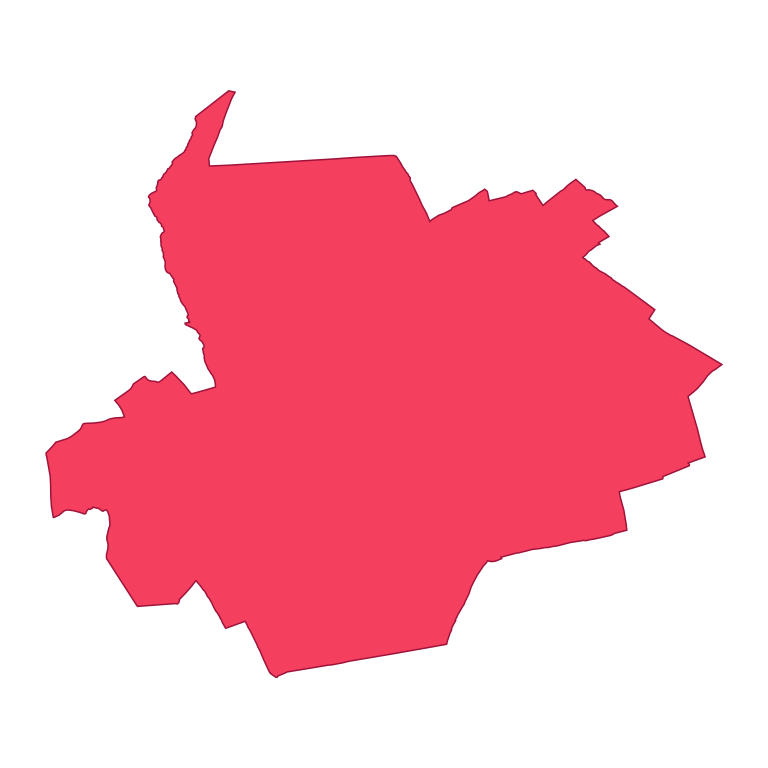 outline of Aroneanu, Iasi, Romania
{"feature_id": "2599482B41407607343101", "entity_name": "Aroneanu", "entity_type": "district", "adm_level": 2, "iso_a3": "ROU", "parent_name": "Romania", "parent_adm1": "Iasi", "projection": "equal_earth", "projection_center": [27.602, 47.231], "detail": "fine", "context": "isolated", "style": "filled", "palette": "rose", "viewbox_px": 768, "rotation_deg": 0, "n_neighbors": 0, "source": "geoboundaries", "source_scale": "gbopen_adm2", "svg_char_len": 6078}
<svg xmlns="http://www.w3.org/2000/svg" viewBox="0 0 768 768"><path d="M412.2,184.2L410.9,182.1L410.2,180.3L410.1,178.0L410.2,177.5L408.7,176.0L408.2,174.4L405.9,171.7L403.7,168.2L402.7,167.1L400.9,163.5L396.5,156.6L394.4,155.6L393.6,155.5L387.9,155.6L354.2,157.5L334.6,158.9L229.0,165.2L209.4,166.0L209.0,160.3L208.7,158.9L214.0,145.3L217.4,137.5L220.1,129.9L222.2,126.4L223.2,121.1L225.6,114.1L230.8,100.7L232.1,97.7L235.1,92.2L228.7,90.8L195.6,116.6L195.7,117.6L195.2,118.4L195.3,119.7L196.5,122.0L196.4,124.6L196.1,126.6L195.1,128.3L193.7,129.7L192.0,132.9L192.0,133.4L192.5,134.4L192.3,135.5L191.3,136.7L191.0,138.4L189.3,140.7L189.1,142.2L188.0,143.7L187.5,146.2L186.8,146.8L186.2,147.7L186.0,149.5L185.0,150.1L184.4,151.7L183.7,152.4L181.0,154.5L179.3,155.4L177.4,157.1L175.6,158.1L173.7,159.9L172.1,162.1L172.5,163.6L172.4,164.0L168.8,168.7L167.8,168.9L167.6,169.2L167.1,170.5L165.9,172.5L163.8,174.2L163.4,174.8L162.9,176.8L161.8,177.7L161.2,179.2L160.8,179.7L159.1,180.0L158.2,180.7L157.8,181.7L157.6,184.0L156.9,186.3L156.4,187.1L156.3,188.5L156.7,189.7L156.6,190.6L154.9,191.8L153.9,192.1L150.9,193.7L148.6,196.0L148.6,197.3L149.8,198.5L150.0,199.9L150.1,201.4L149.7,203.2L148.8,204.8L149.2,206.0L150.7,207.7L153.1,212.9L153.5,213.1L153.8,213.6L153.7,214.0L154.3,214.8L154.5,215.5L155.1,216.2L156.3,216.8L157.2,218.4L157.0,219.6L159.0,222.4L160.4,223.1L161.4,224.5L161.6,226.3L162.9,227.0L163.3,227.8L163.9,230.1L164.5,231.0L163.8,232.0L162.0,233.2L161.4,234.1L160.3,236.8L160.9,239.2L160.8,240.4L161.1,245.7L161.4,246.8L162.2,248.1L162.1,250.5L163.5,252.8L163.3,253.7L163.5,254.9L163.3,257.3L164.1,258.5L165.1,261.4L165.2,264.1L165.0,266.7L165.5,269.6L166.4,271.4L167.1,272.2L168.3,273.0L169.7,273.3L172.8,278.1L173.6,278.8L173.8,279.3L173.6,281.5L175.6,285.2L176.0,286.3L177.0,288.2L176.9,289.2L177.3,291.4L177.9,293.2L177.9,293.9L178.8,294.5L179.0,297.0L180.0,298.4L180.7,301.0L183.3,305.0L183.9,305.4L185.4,307.5L186.1,309.6L186.8,310.4L186.8,310.9L188.1,314.0L188.3,315.0L187.3,315.8L187.1,317.6L188.2,318.6L188.7,319.7L188.9,320.4L188.6,321.0L189.8,322.0L189.6,322.3L185.0,323.2L185.4,324.4L186.5,325.1L192.7,327.9L196.4,330.0L197.7,332.4L199.8,334.6L200.1,335.5L199.9,336.4L199.0,338.1L199.5,339.6L201.6,341.3L202.4,342.3L204.2,345.8L203.8,347.6L202.8,348.2L202.7,349.4L203.1,350.5L203.3,352.7L204.3,355.5L204.2,358.0L204.6,360.4L205.3,362.5L208.0,368.7L211.6,374.3L212.6,375.4L214.5,379.6L215.1,382.5L215.5,386.1L215.3,387.0L214.4,387.4L198.1,392.1L191.5,393.8L190.4,392.8L184.2,384.8L175.8,375.9L171.7,372.0L160.9,380.8L158.7,382.2L158.0,382.3L157.2,381.9L154.1,381.2L151.7,381.2L148.8,380.4L147.0,379.1L145.4,376.9L145.0,376.5L144.0,376.6L133.5,383.9L131.6,387.7L130.6,388.9L128.7,390.5L114.8,400.4L118.6,404.9L121.7,409.8L124.4,416.6L122.3,417.5L115.3,417.9L112.7,418.3L109.3,419.1L105.0,421.1L100.7,422.2L93.0,423.1L86.0,423.3L83.4,423.7L82.2,425.4L81.0,428.2L79.5,430.1L71.4,436.4L67.4,438.6L55.8,442.2L52.5,446.3L46.1,453.0L46.1,454.6L47.0,458.2L50.2,476.3L50.6,484.1L50.8,496.5L51.4,506.1L53.3,517.4L54.3,517.3L59.0,515.2L64.3,510.8L66.1,510.2L68.2,510.0L73.4,510.7L80.4,512.5L82.5,513.4L84.3,513.9L85.7,513.6L86.2,512.2L86.9,510.8L87.8,509.7L88.6,509.3L88.9,508.8L90.0,509.3L91.3,508.8L92.5,508.1L92.8,507.1L96.1,508.0L98.5,508.4L102.7,511.3L105.5,509.9L106.4,509.8L107.8,512.0L109.2,515.7L109.9,523.8L109.7,526.3L109.1,527.3L108.3,530.3L106.8,536.9L106.9,539.5L108.2,545.1L107.9,545.8L108.0,547.0L107.8,549.0L106.5,554.5L106.4,557.4L106.6,558.6L137.4,606.4L175.2,603.6L177.7,603.9L178.8,602.6L179.3,600.9L179.4,599.3L179.9,599.0L185.7,593.0L191.9,585.9L195.7,580.8L196.4,581.2L200.0,585.3L203.5,590.2L204.7,591.1L205.1,591.8L207.7,596.8L208.8,597.9L211.8,602.9L213.1,605.9L215.5,610.6L217.1,612.6L219.4,616.3L219.9,617.6L221.4,620.1L222.4,622.6L225.6,628.3L245.1,621.3L246.9,624.5L248.2,627.6L249.9,630.2L256.6,643.8L257.7,646.6L260.1,651.2L263.7,659.8L269.6,672.4L270.9,673.8L275.7,677.2L277.3,677.2L277.7,676.1L286.0,672.6L286.9,672.0L328.4,665.1L331.1,665.0L342.8,662.8L349.2,661.2L398.7,652.8L446.4,644.3L446.7,644.1L446.9,643.7L447.1,641.8L450.0,633.3L451.6,630.0L451.5,629.0L451.8,627.8L453.4,624.6L455.7,620.6L455.2,620.1L456.7,617.3L457.5,615.4L462.0,607.5L464.1,604.3L465.1,601.6L468.8,594.1L471.2,586.9L473.1,583.0L477.1,575.4L483.5,565.8L486.3,562.8L487.5,560.9L487.9,560.6L488.8,561.1L491.2,561.6L494.7,561.3L496.4,560.8L501.7,558.6L500.9,557.2L517.2,552.9L518.6,552.9L532.5,549.4L540.3,548.5L545.6,547.5L547.8,547.6L552.0,546.6L557.7,545.8L570.3,542.5L583.8,540.4L585.9,540.7L589.9,539.7L593.6,539.2L610.3,535.5L612.4,534.7L614.6,533.4L626.8,530.2L626.2,524.4L623.9,510.5L619.9,495.9L619.4,491.6L626.7,489.8L639.4,486.0L662.8,478.8L663.0,476.5L689.3,465.7L689.4,464.8L689.0,463.8L688.1,463.0L705.1,456.9L703.4,451.7L703.0,450.8L701.2,444.5L697.6,429.7L688.0,396.4L693.8,391.7L697.6,388.3L703.1,382.0L707.4,375.9L710.2,373.1L712.8,370.8L715.2,369.5L721.9,364.5L689.4,345.1L672.9,336.2L670.2,335.1L664.4,331.6L661.6,329.5L648.9,318.9L654.8,309.7L623.7,286.7L622.5,286.3L620.1,284.5L615.4,281.6L614.1,280.5L612.6,279.8L611.1,277.8L609.0,276.6L605.2,273.8L600.1,271.2L598.2,270.0L597.3,268.9L593.0,265.9L589.8,262.4L586.9,260.8L585.0,258.8L584.2,258.8L582.7,257.4L585.7,255.0L588.9,251.2L591.0,250.0L596.7,245.4L600.0,244.2L598.4,242.8L609.0,236.5L604.6,231.6L601.3,228.9L598.9,226.3L596.8,224.8L592.7,220.6L600.1,215.9L617.4,206.3L615.7,204.9L612.0,200.7L610.0,199.7L605.8,199.7L604.5,199.2L602.6,197.7L602.3,197.1L600.6,195.3L598.9,194.3L596.6,193.4L594.7,191.8L592.3,190.6L589.0,189.8L586.1,190.0L585.6,189.5L585.2,187.9L584.2,186.7L575.9,179.4L569.7,183.8L566.7,186.3L563.5,189.6L560.5,191.3L546.5,202.4L543.0,205.5L536.8,196.2L535.7,194.2L536.0,193.9L536.1,193.4L532.8,190.3L521.2,193.8L517.3,191.9L515.2,191.9L510.8,194.4L507.9,195.5L505.7,196.8L489.2,200.8L487.5,192.0L486.8,190.8L484.6,189.2L483.5,190.1L479.1,192.6L474.9,196.2L468.4,200.7L452.6,207.5L452.1,207.9L451.4,209.6L444.0,213.4L438.5,215.4L431.4,220.0L429.9,221.6L426.6,213.5L421.9,204.9L419.3,198.8L412.2,184.2Z" fill="#f43f5e" stroke="#9f1239" stroke-width="1.5"/></svg>